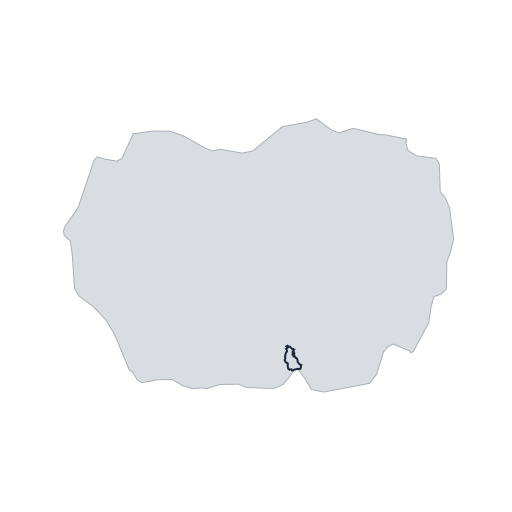 Gjorche Petrov, Gjorče Petrov, North Macedonia (highlighted), rotated 195°
{"feature_id": "65306769B13037945767817", "entity_name": "Gjorche Petrov", "entity_type": "district", "adm_level": 2, "iso_a3": "MKD", "parent_name": "North Macedonia", "parent_adm1": "Gjorče Petrov", "projection": "mercator", "projection_center": [21.316, 42.053], "detail": "fine", "context": "in_parent", "style": "outline", "palette": "slate", "viewbox_px": 512, "rotation_deg": 195, "n_neighbors": 0, "source": "geoboundaries", "source_scale": "gbopen_adm2", "svg_char_len": 1930}
<svg xmlns="http://www.w3.org/2000/svg" viewBox="0 0 512 512"><g transform="rotate(195 256 256)"><path d="M231.2,126.6L239.6,127.7L257.8,122.5L269.2,115.3L275.0,114.3L282.6,111.5L293.7,111.9L304.9,115.0L319.2,110.9L333.2,104.1L338.8,105.8L344.9,111.5L348.9,113.1L372.1,143.4L384.8,155.6L399.8,164.9L417.0,171.7L423.1,178.2L434.0,210.2L439.2,222.4L446.5,226.0L448.2,229.5L448.5,234.1L440.4,256.6L437.1,306.7L435.0,310.7L426.5,310.5L415.1,311.6L410.8,315.4L406.2,342.3L388.0,350.0L371.4,354.3L357.4,353.3L332.9,347.0L324.9,346.3L318.0,349.9L296.1,351.8L286.5,356.5L263.9,387.9L241.0,398.6L233.2,404.1L215.7,397.2L207.4,396.5L195.2,404.5L168.7,405.2L161.6,406.6L141.1,407.9L140.3,403.6L136.5,397.3L127.0,394.3L107.5,396.9L102.7,392.3L94.7,365.7L88.4,361.4L81.4,352.4L69.5,323.5L69.2,310.7L70.1,299.6L63.5,273.5L67.5,266.9L73.6,262.8L73.7,252.3L72.0,236.2L79.2,204.8L81.2,202.5L83.0,204.0L100.6,206.5L105.1,202.5L108.0,196.3L108.9,173.2L113.1,162.5L155.5,142.1L168.0,141.4L177.5,150.7L185.1,156.7L189.7,156.5L191.3,150.5L196.5,138.9L205.2,132.3L231.0,126.6L231.2,126.6Z" fill="#d9dde1" stroke="#a8b0b8" stroke-width="1"/><path d="M202.1,167.7L201.7,166.5L201.9,166.0L201.1,164.7L201.4,162.9L199.7,160.9L198.0,160.9L197.1,159.6L197.1,158.4L195.8,155.6L194.4,154.8L193.9,155.2L192.6,155.5L192.2,155.6L192.0,155.3L191.9,155.2L191.7,154.9L190.7,155.0L190.0,155.8L189.0,156.4L187.9,157.1L187.6,157.4L186.9,157.7L186.5,157.8L185.0,158.0L184.3,158.2L184.0,158.5L183.8,160.4L184.4,161.8L184.1,162.4L186.2,162.8L187.6,163.9L188.5,164.7L189.0,166.4L190.5,168.0L191.3,167.8L192.3,169.0L193.7,168.7L194.4,169.9L195.2,170.1L195.4,171.1L195.1,170.8L194.8,171.2L194.1,170.5L193.7,170.7L193.9,172.2L195.4,173.9L195.5,174.8L194.9,175.4L195.8,175.9L197.1,175.6L199.9,177.3L201.0,176.7L202.0,177.3L202.3,177.5L203.3,176.6L201.8,175.5L202.9,174.0L202.2,173.6L201.3,171.8L201.9,170.7L202.1,167.7Z" fill="none" stroke="#1e293b" stroke-width="2"/></g></svg>